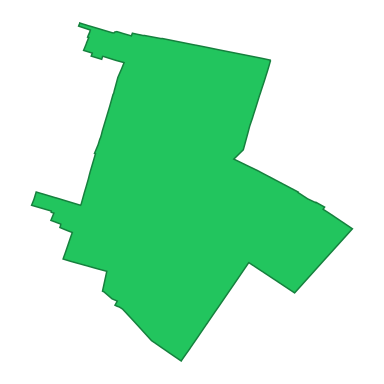 Ciocile, Braila, Romania (Robinson projection)
{"feature_id": "2599482B69369781010688", "entity_name": "Ciocile", "entity_type": "district", "adm_level": 2, "iso_a3": "ROU", "parent_name": "Romania", "parent_adm1": "Braila", "projection": "robinson", "projection_center": [27.247, 44.812], "detail": "fine", "context": "isolated", "style": "filled", "palette": "green", "viewbox_px": 384, "rotation_deg": 0, "n_neighbors": 0, "source": "geoboundaries", "source_scale": "gbopen_adm2", "svg_char_len": 2391}
<svg xmlns="http://www.w3.org/2000/svg" viewBox="0 0 384 384"><path d="M181.2,361.0L182.1,359.6L184.2,356.6L190.1,348.3L190.3,347.9L198.1,336.6L201.0,332.3L206.4,324.4L206.7,324.0L206.7,323.9L206.8,323.9L207.0,323.6L207.7,322.6L207.8,322.4L208.8,320.9L215.8,310.7L218.6,306.7L224.6,297.9L232.5,286.4L248.7,262.7L248.8,262.6L265.5,273.6L294.6,292.9L297.7,289.5L303.8,282.7L323.5,260.8L339.5,243.1L352.4,228.8L349.3,226.7L334.4,216.7L328.7,212.9L323.1,209.3L324.6,207.1L316.0,202.3L315.8,202.7L307.6,198.8L297.8,192.4L298.1,192.0L259.8,171.8L259.4,171.5L247.8,165.9L245.5,164.8L239.0,161.6L233.8,159.1L243.3,149.8L247.7,133.7L249.7,126.1L251.2,121.7L252.3,118.6L253.2,115.6L254.5,111.5L255.7,107.8L259.8,94.6L260.0,94.2L262.0,88.0L264.0,82.0L265.4,77.6L265.9,75.9L267.1,72.2L267.8,69.9L269.0,65.9L270.0,62.3L270.2,61.5L270.4,61.1L270.2,61.0L270.0,60.8L270.1,60.6L270.2,60.1L269.2,59.9L268.3,59.7L261.8,58.3L245.1,55.0L228.4,51.7L218.3,49.7L208.2,47.6L196.1,45.2L195.3,45.1L162.3,38.5L161.8,38.5L161.2,38.6L144.0,35.4L143.4,35.6L140.8,35.0L140.3,34.9L137.3,34.3L133.7,33.5L132.4,33.2L132.1,34.0L131.4,35.9L122.4,33.3L120.3,32.6L116.8,31.6L115.0,32.0L114.8,32.0L114.5,32.5L114.2,32.8L113.5,32.9L112.4,32.8L105.0,30.6L97.0,28.2L89.9,26.1L88.3,25.7L85.9,24.9L82.2,23.8L79.8,23.0L79.8,23.3L79.1,24.8L78.6,26.1L80.3,26.7L89.6,29.8L90.4,30.0L89.6,32.5L89.3,33.4L89.2,33.3L88.7,34.4L88.0,36.1L87.8,36.7L87.6,37.2L88.7,37.5L87.8,39.9L87.0,41.8L86.7,42.4L86.3,43.8L85.2,46.5L83.6,50.4L92.3,53.1L91.2,56.1L101.7,59.3L102.6,56.4L103.6,56.5L109.0,58.2L115.9,60.4L124.1,62.6L121.7,68.6L118.0,77.1L117.9,77.3L115.4,86.6L114.4,90.2L113.7,93.4L113.5,93.8L113.1,94.2L109.7,106.4L102.3,131.0L101.5,134.3L100.6,137.4L100.1,138.6L99.9,138.9L98.2,144.5L94.5,153.4L95.5,153.7L90.3,171.4L89.6,174.0L88.3,179.2L87.0,183.7L86.0,187.2L84.4,192.5L82.1,200.8L81.3,203.7L80.6,205.3L55.9,197.8L55.6,197.8L36.2,192.0L34.0,199.2L33.7,200.0L31.6,205.3L51.2,211.0L51.2,212.3L53.9,213.1L50.9,220.4L60.8,224.1L60.6,225.4L59.9,227.5L63.7,229.1L67.6,230.7L72.3,232.5L70.8,236.7L68.8,242.6L65.0,253.7L63.6,257.5L63.1,259.0L70.6,261.3L97.5,268.8L106.8,271.3L102.5,291.2L103.9,291.8L112.0,298.8L117.3,301.1L115.3,304.7L115.0,305.2L115.8,305.6L116.5,306.0L117.8,306.5L118.8,306.8L119.0,306.9L120.0,307.4L120.6,307.8L122.6,309.1L134.5,321.9L151.5,340.6L169.6,353.1L181.2,361.0Z" fill="#22c55e" stroke="#15803d" stroke-width="1.5"/></svg>